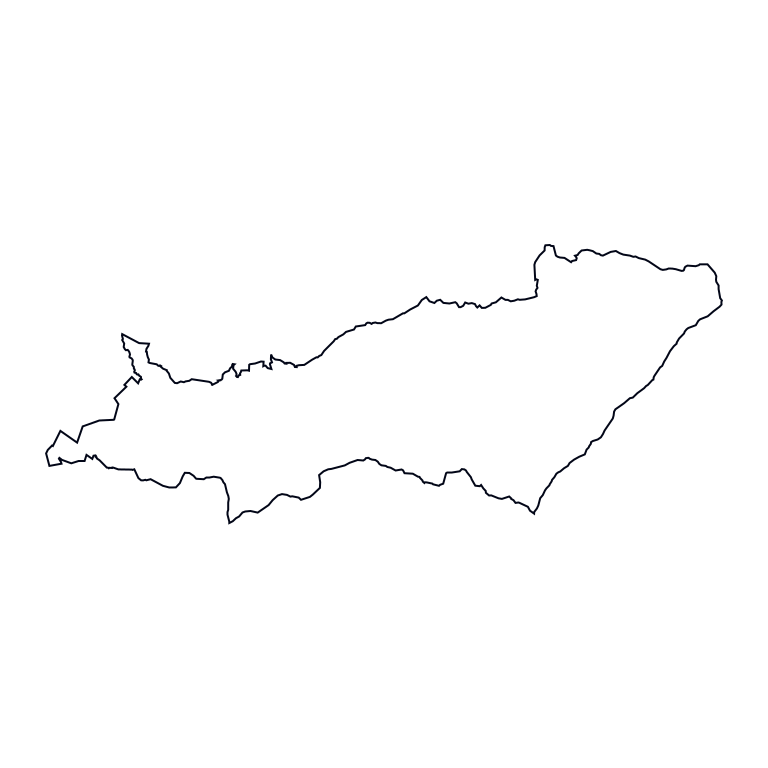 Dumitrita, Bistrita-Nasaud, Romania (Mercator projection)
{"feature_id": "2599482B55975962781484", "entity_name": "Dumitrita", "entity_type": "district", "adm_level": 2, "iso_a3": "ROU", "parent_name": "Romania", "parent_adm1": "Bistrita-Nasaud", "projection": "mercator", "projection_center": [24.726, 47.079], "detail": "fine", "context": "isolated", "style": "outline", "palette": "ink", "viewbox_px": 768, "rotation_deg": 0, "n_neighbors": 0, "source": "geoboundaries", "source_scale": "gbopen_adm2", "svg_char_len": 6101}
<svg xmlns="http://www.w3.org/2000/svg" viewBox="0 0 768 768"><path d="M534.1,513.6L534.2,512.0L536.9,508.5L538.3,505.5L540.2,498.2L542.8,495.1L545.0,490.4L546.4,488.4L549.4,485.3L549.7,484.3L551.6,481.4L552.1,479.8L554.3,477.3L556.4,473.7L558.3,472.3L560.2,471.5L564.1,468.2L567.9,465.9L569.6,463.0L574.1,459.6L579.3,456.7L584.8,454.4L586.6,449.6L588.7,447.5L589.1,446.3L590.8,443.9L591.1,442.1L592.9,441.0L597.7,439.5L600.9,437.3L603.0,434.0L604.6,430.5L612.8,418.5L613.6,415.6L614.1,411.6L615.4,409.3L624.1,403.2L629.9,398.2L632.8,397.6L637.3,393.2L644.1,388.2L646.1,386.0L647.8,385.0L652.3,380.1L653.4,379.6L653.7,377.3L654.4,375.9L660.1,367.4L662.2,365.9L664.2,361.5L666.5,357.9L670.0,351.2L673.8,346.2L676.6,343.7L676.8,342.4L679.1,338.5L684.0,333.5L684.8,331.5L686.6,329.3L688.3,328.0L695.8,325.2L698.3,320.9L700.1,319.3L707.7,316.3L713.5,311.3L719.6,306.7L721.5,304.6L721.4,301.9L721.9,300.5L720.2,298.2L718.6,289.1L718.6,285.5L716.3,281.8L716.0,279.8L716.3,276.2L714.7,272.6L707.5,264.3L699.8,264.3L698.8,265.2L695.6,266.2L687.5,265.6L685.4,266.7L684.7,267.6L683.9,270.1L683.2,270.7L681.6,270.9L675.8,269.2L672.2,268.6L668.7,268.5L666.3,269.4L662.8,269.9L660.4,269.2L648.7,261.4L645.2,259.6L638.8,258.1L635.6,256.5L633.3,256.8L629.9,255.6L623.3,254.6L619.5,253.1L615.9,251.0L610.7,251.9L602.9,255.6L600.9,255.2L599.3,253.9L596.3,253.5L592.8,251.1L589.7,250.3L587.2,249.8L581.6,250.5L578.7,253.3L577.6,255.0L575.0,255.7L576.3,257.3L576.7,258.2L576.1,260.1L572.1,261.0L571.1,262.2L564.5,257.9L559.9,257.5L557.5,256.7L555.9,255.5L553.5,246.1L551.0,245.9L549.8,245.0L545.4,245.3L544.7,247.2L544.6,250.5L539.6,255.4L535.2,262.1L534.4,264.8L535.2,279.9L536.3,279.3L537.8,279.9L536.8,285.8L537.5,287.9L536.2,289.6L535.6,291.4L536.5,294.1L536.7,296.1L534.1,297.2L525.1,299.4L519.7,299.8L517.9,299.3L514.3,300.7L510.7,301.3L507.9,299.9L505.5,299.9L501.4,297.5L495.9,302.3L491.6,303.5L490.8,304.9L485.3,307.8L481.8,307.9L479.6,305.4L477.3,307.5L476.0,306.1L475.0,304.1L471.8,303.1L468.4,303.7L465.2,302.5L463.2,305.8L460.7,307.1L459.0,307.1L456.7,303.3L455.3,302.2L449.4,303.5L443.4,302.9L440.2,299.8L436.8,300.7L434.4,303.0L429.5,301.3L426.3,297.1L421.8,300.0L417.9,305.5L410.2,309.5L404.4,313.3L403.0,313.3L392.9,319.2L388.5,319.7L385.9,320.6L381.2,323.2L377.3,323.1L375.4,322.5L372.7,323.0L371.6,323.9L369.7,322.8L367.5,322.7L366.3,323.4L365.2,325.1L355.8,326.5L354.0,329.5L346.0,331.9L343.3,334.4L338.4,337.1L336.8,338.8L335.2,339.1L333.7,341.3L324.1,350.9L321.3,355.1L319.3,355.9L317.7,357.4L316.4,357.3L312.1,359.7L304.3,364.9L299.0,365.2L296.6,365.8L296.7,367.1L294.9,367.0L294.0,364.9L290.2,362.8L286.3,362.9L286.4,363.7L284.6,363.5L283.7,362.3L280.1,360.1L275.3,359.5L272.5,357.5L271.1,354.5L270.9,359.3L272.0,362.4L270.1,363.3L269.9,364.1L271.4,369.0L267.7,368.1L265.6,365.7L264.3,365.7L263.3,366.2L263.6,361.7L261.0,361.5L255.1,363.5L250.0,364.2L249.2,364.8L249.0,370.7L247.5,370.3L241.3,370.5L240.8,372.2L240.0,373.4L240.2,374.9L238.8,375.3L237.9,377.1L237.0,377.0L236.1,376.0L236.4,375.7L236.5,373.8L235.6,371.7L233.1,368.7L233.5,365.2L234.5,364.3L232.7,364.0L232.2,364.9L232.0,366.5L230.1,368.3L228.9,370.8L225.0,372.3L222.8,374.5L222.3,378.7L221.7,379.5L220.8,380.0L218.5,380.4L219.0,380.7L218.3,380.9L217.9,382.0L212.2,384.9L211.9,384.7L212.0,384.0L211.0,382.7L209.0,381.8L191.7,379.2L189.3,380.8L185.6,381.4L183.9,382.2L180.7,381.5L177.1,383.2L174.8,382.9L170.3,377.8L168.9,373.5L166.7,370.8L166.8,370.2L163.1,368.7L160.9,366.8L161.2,366.1L160.0,365.4L159.3,365.9L158.3,365.8L156.7,364.3L149.8,363.0L148.5,362.4L148.9,359.5L147.8,357.2L147.1,354.5L146.8,351.9L146.0,351.6L146.5,348.8L148.4,345.8L149.0,343.7L139.1,343.1L122.2,334.1L122.0,335.4L122.9,339.0L122.2,340.0L124.2,343.5L123.7,347.0L124.9,349.2L125.9,350.2L127.7,349.9L128.8,351.2L129.4,352.3L130.0,354.4L129.4,356.7L129.6,357.4L131.6,358.4L132.6,359.8L132.8,360.7L132.3,364.4L132.5,365.3L133.8,366.8L133.9,368.7L134.6,369.4L134.8,370.4L134.2,371.8L134.5,372.6L136.1,373.0L136.7,374.2L137.4,374.6L138.4,374.4L139.2,375.7L140.9,376.8L141.1,378.8L141.6,379.3L141.0,379.7L139.8,379.3L138.1,383.3L131.8,377.0L124.4,384.9L126.4,386.7L114.5,398.2L118.4,404.1L114.2,419.5L113.7,419.8L99.3,420.5L82.7,426.4L77.1,442.6L60.4,430.9L52.9,446.0L52.1,445.5L47.8,449.9L46.1,453.4L49.4,465.9L61.5,463.7L60.9,461.8L58.9,458.7L59.4,457.9L62.0,459.9L71.3,463.3L78.6,461.0L84.6,461.0L86.5,454.9L92.3,458.9L93.5,455.7L95.5,455.4L95.9,455.9L95.7,456.9L96.6,457.3L96.8,458.4L99.6,460.3L106.8,467.6L107.8,467.6L108.8,468.3L109.4,467.8L112.1,468.0L112.3,467.5L113.2,467.6L118.4,469.4L131.9,469.6L132.5,469.9L134.3,469.3L138.4,478.1L141.1,480.3L143.1,480.4L145.3,479.8L146.3,480.3L150.6,479.2L162.9,485.8L169.3,487.5L175.9,487.4L179.9,483.1L182.7,476.4L184.8,472.8L189.4,473.0L193.6,475.8L196.0,478.6L196.6,478.8L203.8,479.2L206.4,477.5L209.6,477.5L213.7,476.7L219.8,477.7L220.6,478.0L222.4,480.1L223.4,482.3L225.0,484.2L226.9,492.3L228.3,496.0L228.8,498.9L228.2,502.5L228.2,509.8L227.5,512.1L227.5,514.7L229.3,521.7L229.3,523.0L232.8,521.2L236.0,518.2L239.1,516.5L242.5,512.5L245.2,511.5L250.5,511.0L257.7,512.6L268.6,505.1L272.7,500.1L277.8,495.5L282.0,494.1L287.0,494.9L290.4,496.6L292.3,496.3L298.7,497.6L301.0,499.8L309.9,496.9L312.8,494.6L319.9,487.9L320.2,482.2L319.1,475.1L323.6,471.3L328.2,469.3L331.4,468.9L344.8,465.4L349.6,462.8L357.6,460.0L363.3,460.5L365.0,459.4L365.8,458.2L367.7,457.9L368.7,457.9L369.8,458.8L372.0,459.6L375.4,460.0L377.8,461.7L379.3,463.9L381.4,465.3L385.8,465.9L387.4,467.0L390.6,467.7L395.6,470.5L401.6,469.5L403.1,470.4L404.5,473.2L412.8,473.7L418.0,476.7L419.5,476.9L420.0,477.9L422.5,480.5L422.8,481.6L424.4,483.0L424.9,482.3L426.7,482.4L432.4,483.6L433.0,484.3L439.0,485.8L440.1,484.8L443.2,483.7L446.1,473.2L447.2,472.5L452.0,472.5L459.7,471.3L461.8,469.1L464.4,469.4L466.0,470.5L466.8,472.0L470.9,477.2L471.7,479.4L475.3,485.7L479.8,486.2L481.1,485.0L483.4,488.5L485.7,490.9L485.9,492.8L489.1,495.5L491.3,495.4L498.5,498.3L501.9,498.9L509.2,496.5L511.2,498.4L511.2,498.9L513.5,500.2L515.5,502.9L518.4,502.5L519.4,502.8L527.9,506.8L530.0,510.7L534.1,513.6Z" fill="none" stroke="#020617" stroke-width="2"/></svg>